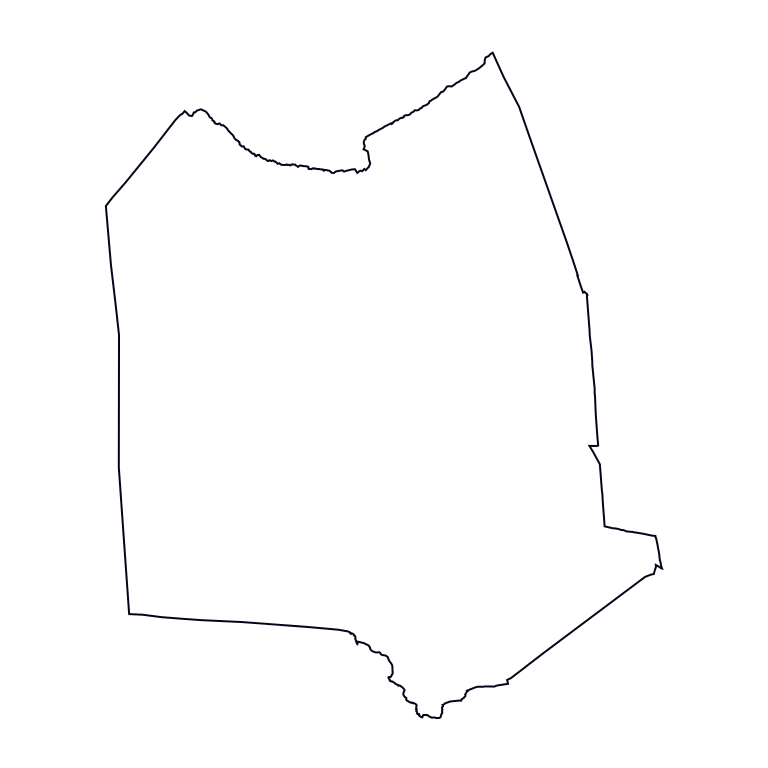 the district of Jurilovca, Tulcea, Romania, rotated 181°
{"feature_id": "2599482B31107458884673", "entity_name": "Jurilovca", "entity_type": "district", "adm_level": 2, "iso_a3": "ROU", "parent_name": "Romania", "parent_adm1": "Tulcea", "projection": "albers", "projection_center": [28.891, 44.764], "detail": "fine", "context": "isolated", "style": "outline", "palette": "ink", "viewbox_px": 768, "rotation_deg": 181, "n_neighbors": 0, "source": "geoboundaries", "source_scale": "gbopen_adm2", "svg_char_len": 6053}
<svg xmlns="http://www.w3.org/2000/svg" viewBox="0 0 768 768"><g transform="rotate(181 384 384)"><path d="M634.8,149.5L621.3,149.1L602.4,147.0L582.8,145.8L562.3,144.7L521.8,143.5L454.2,139.6L425.2,137.5L415.8,136.0L413.4,134.9L413.4,134.1L413.0,133.7L412.6,133.6L412.2,134.1L411.9,134.2L410.2,133.4L409.5,132.4L409.6,132.1L409.0,132.0L408.4,131.2L408.1,129.5L408.3,129.0L408.0,127.9L407.3,126.8L407.2,126.1L407.3,125.9L406.5,125.0L406.4,124.6L406.6,124.5L406.3,124.1L406.5,123.9L406.4,123.7L406.1,123.5L405.7,125.3L405.4,125.9L399.3,124.5L397.4,123.4L396.6,123.2L394.4,122.0L393.9,120.8L393.4,120.2L393.1,118.9L392.7,118.2L391.9,117.3L390.8,116.6L388.2,115.6L386.2,115.4L384.8,115.7L384.0,115.7L383.2,115.2L382.8,114.4L382.1,113.5L380.8,113.0L377.6,112.5L376.7,112.0L375.2,110.7L374.8,108.9L373.6,106.7L372.6,105.6L371.1,103.4L370.7,101.9L370.5,97.3L370.3,96.3L370.4,94.1L371.2,93.4L371.5,92.6L371.7,91.7L372.6,91.1L374.0,91.0L374.4,90.9L374.4,90.7L374.4,90.2L374.0,89.6L372.7,87.9L373.0,87.5L372.8,87.2L371.0,86.6L370.4,86.7L368.1,85.2L367.2,84.3L364.4,83.2L364.2,82.9L364.2,82.6L363.3,82.8L362.5,82.6L361.1,81.5L360.3,81.1L358.3,78.8L358.1,78.2L358.3,77.5L359.0,76.1L359.2,75.0L359.2,73.7L358.6,72.5L357.7,71.4L356.2,70.5L356.3,69.0L356.0,68.3L355.4,67.8L351.9,65.9L350.6,66.1L350.3,65.6L349.7,65.3L348.7,65.5L346.7,64.5L345.9,63.7L345.7,63.2L346.1,62.2L346.1,60.3L346.3,59.8L345.6,59.4L345.5,59.0L346.0,58.5L346.0,57.4L345.1,56.4L345.0,55.8L345.2,55.1L344.7,54.9L344.5,54.5L343.1,54.5L342.9,53.7L343.1,53.1L342.8,52.7L341.7,52.2L340.9,51.5L340.0,51.4L338.9,53.7L335.0,53.8L334.4,53.5L333.2,52.4L332.0,52.1L330.6,51.2L327.6,51.5L326.0,50.9L323.4,51.0L322.6,51.2L321.6,51.9L321.1,54.2L320.0,56.3L320.3,58.5L319.9,59.3L320.4,61.3L320.2,61.9L319.4,62.8L319.3,63.3L319.8,64.1L318.8,64.5L317.1,65.9L312.3,67.7L303.4,68.8L301.3,68.7L301.1,68.9L301.1,69.9L299.0,71.4L298.3,72.0L298.1,72.5L297.4,73.1L297.1,73.8L297.2,74.4L297.4,74.9L295.9,77.6L295.0,78.4L295.5,78.9L295.0,79.1L287.3,82.3L284.5,83.0L279.5,83.0L277.7,83.4L268.2,83.4L267.5,83.9L265.3,84.6L254.8,86.4L255.7,90.3L252.0,92.1L220.7,117.1L119.6,195.7L113.7,198.1L110.9,198.7L110.3,201.3L108.8,206.3L109.0,207.8L104.5,205.3L103.9,204.7L102.8,204.4L103.3,205.5L104.1,208.8L104.2,209.8L104.8,211.9L105.2,212.6L105.2,213.9L105.6,215.4L105.6,217.1L105.9,218.3L106.3,221.4L107.0,223.9L107.9,229.1L108.2,229.8L108.5,231.6L109.6,235.4L109.8,235.5L110.0,236.8L113.6,237.1L121.6,238.7L130.2,240.0L131.5,240.0L132.3,240.4L138.8,240.8L142.0,242.1L144.2,242.2L147.5,243.2L151.0,243.7L152.4,243.7L160.9,245.5L163.3,271.1L163.6,276.0L163.9,279.1L164.1,279.9L164.5,283.3L165.7,296.1L165.7,297.0L165.8,297.4L166.8,307.6L173.6,319.5L177.5,325.7L169.7,325.8L169.1,325.9L168.8,326.2L168.8,326.6L169.7,334.5L171.8,358.0L172.8,375.7L173.2,377.9L173.3,383.0L176.0,406.0L176.2,410.9L177.1,421.0L179.1,435.9L179.4,441.1L182.7,475.7L182.6,476.2L182.2,476.3L182.3,476.9L182.5,477.5L184.4,478.9L185.1,479.7L186.5,478.8L188.9,485.1L192.6,495.8L192.1,495.9L192.9,498.3L197.4,511.3L204.2,530.2L242.9,634.0L253.7,663.4L270.0,693.6L281.1,717.1L283.5,715.6L284.9,713.8L288.2,712.2L289.0,709.1L289.0,706.3L290.9,704.4L294.8,701.1L298.8,698.6L301.6,698.0L303.7,696.9L307.0,692.1L307.4,691.2L308.8,690.8L313.2,688.5L314.3,687.4L316.7,686.4L318.2,685.0L321.7,682.6L322.8,682.8L325.0,682.8L326.3,682.4L328.9,678.6L330.3,677.2L332.0,676.9L335.2,672.6L336.1,671.8L340.1,669.6L342.2,668.0L343.2,667.7L343.7,666.9L344.0,665.6L346.4,663.8L349.8,662.4L350.5,661.7L351.4,660.5L352.5,660.3L354.1,658.6L355.9,658.1L357.5,658.3L358.3,658.0L358.8,657.1L361.6,655.5L362.1,654.6L363.5,653.6L365.4,653.1L366.7,653.2L367.9,652.7L369.0,652.0L369.0,651.0L370.8,650.3L371.3,650.5L373.3,649.5L374.8,648.0L377.0,647.7L379.5,645.8L379.6,645.1L380.9,644.1L381.4,644.8L388.1,641.3L389.8,640.0L393.0,638.3L395.8,636.5L397.8,635.8L398.7,634.8L401.1,633.7L406.5,630.5L406.6,628.6L407.6,628.0L408.2,626.4L408.5,625.1L408.2,623.5L407.4,621.8L407.8,620.0L408.5,618.3L404.4,616.4L403.6,613.3L402.9,608.1L401.6,604.3L403.0,600.8L406.0,597.5L407.5,598.6L409.5,596.4L411.2,596.9L412.2,596.4L414.4,594.6L416.8,598.2L417.0,598.2L419.8,598.0L425.7,596.4L427.4,595.7L428.2,595.9L428.7,596.5L429.4,596.9L430.3,596.8L435.7,595.7L437.7,594.2L438.6,594.1L439.8,594.2L441.3,595.4L441.7,596.0L442.6,596.3L446.1,597.0L447.0,597.0L447.6,596.2L448.2,596.4L448.1,597.0L448.5,597.3L449.7,597.5L451.5,597.5L452.4,597.9L454.3,597.7L456.4,598.3L457.5,598.0L458.3,598.5L459.2,598.3L460.0,597.6L463.0,597.7L463.0,598.2L463.5,598.8L463.4,599.6L464.0,600.0L465.4,600.3L468.6,600.5L471.3,601.0L472.3,600.8L473.7,599.6L474.1,599.8L474.5,600.3L476.0,601.0L476.6,601.8L477.4,601.9L478.7,601.7L479.5,602.1L480.7,601.6L481.2,601.0L481.7,600.9L482.7,601.5L484.3,601.3L484.8,601.7L485.3,601.8L486.2,601.3L486.9,601.2L490.6,601.4L492.6,602.9L494.1,602.3L495.7,603.9L496.9,604.6L497.7,604.5L498.2,605.2L499.0,605.6L500.8,604.9L502.0,605.7L502.6,605.7L503.5,604.9L504.4,605.1L505.5,605.9L506.4,606.9L508.4,607.1L509.0,607.5L509.3,607.9L510.2,608.2L511.1,608.8L512.0,609.9L512.9,610.5L512.9,610.9L514.3,610.8L515.2,610.3L515.6,609.6L516.3,609.7L516.9,610.1L517.1,611.2L517.7,611.5L518.2,612.1L518.8,611.8L519.3,611.9L520.7,612.8L521.0,613.6L522.5,614.4L523.1,615.1L523.2,615.6L523.7,616.0L525.4,616.0L526.6,616.5L527.3,617.1L528.1,618.8L528.7,619.3L529.8,618.9L530.4,619.1L531.6,620.3L532.5,620.9L532.6,622.5L532.9,623.3L533.2,623.3L533.2,623.6L534.7,624.9L535.2,624.9L536.6,625.8L537.8,627.1L539.1,629.7L539.8,630.6L540.8,631.3L544.4,635.0L545.3,636.6L546.6,637.8L549.3,640.0L550.6,639.7L551.7,640.3L552.8,641.6L553.8,641.4L554.6,640.9L556.8,641.3L558.1,642.3L558.2,642.7L558.0,643.1L558.4,643.6L560.2,644.7L560.3,645.6L561.1,646.8L563.0,647.8L564.2,650.2L566.8,653.2L571.7,655.4L572.5,655.3L575.8,654.1L577.6,652.3L579.0,652.2L579.5,650.3L580.7,648.6L581.0,648.6L583.8,649.1L584.9,650.6L588.0,653.4L590.3,650.7L592.5,649.4L597.2,644.3L618.6,615.7L646.0,580.9L658.6,565.9L665.2,557.1L659.1,498.4L653.9,460.1L649.8,428.4L647.7,296.0L634.8,149.5Z" fill="none" stroke="#020617" stroke-width="2"/></g></svg>